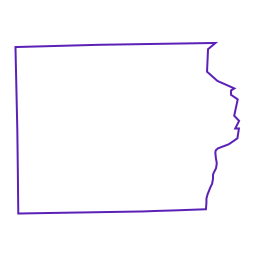 the district of Whiteside, Illinois, United States of America, rotated 179°
{"feature_id": "52423323B38843546527060", "entity_name": "Whiteside", "entity_type": "district", "adm_level": 2, "iso_a3": "USA", "parent_name": "United States of America", "parent_adm1": "Illinois", "projection": "orthographic", "projection_center": [-90.084, 41.758], "detail": "fine", "context": "isolated", "style": "outline", "palette": "violet", "viewbox_px": 256, "rotation_deg": 179, "n_neighbors": 0, "source": "geoboundaries", "source_scale": "gbopen_adm2", "svg_char_len": 648}
<svg xmlns="http://www.w3.org/2000/svg" viewBox="0 0 256 256"><g transform="rotate(179 128 128)"><path d="M239.1,58.1L239.2,44.4L218.9,44.4L113.7,44.3L110.4,44.4L99.7,44.6L83.2,44.8L51.5,45.4L50.9,51.8L50.8,56.1L49.6,60.3L46.7,67.2L44.9,70.7L43.9,75.7L43.8,79.9L43.1,81.7L40.8,86.0L40.6,86.7L40.0,90.1L39.9,91.6L40.7,96.7L41.1,101.8L40.9,103.1L40.6,104.2L38.4,106.1L28.0,109.8L26.1,110.9L18.8,115.8L17.1,125.6L20.8,125.6L16.8,133.2L21.6,138.4L17.8,154.7L24.4,159.4L24.3,163.8L21.0,165.7L37.8,173.5L48.0,182.9L46.6,205.4L39.1,211.5L155.8,211.7L239.1,210.9L238.7,127.4L238.9,86.1L239.1,58.1Z" fill="none" stroke="#5b21b6" stroke-width="2"/></g></svg>